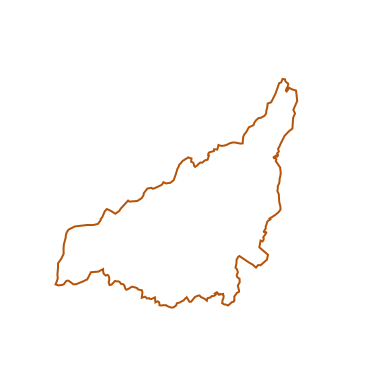 Obafemi Owode, Ogun, Nigeria, rotated 205°
{"feature_id": "59680162B74248263036628", "entity_name": "Obafemi Owode", "entity_type": "district", "adm_level": 2, "iso_a3": "NGA", "parent_name": "Nigeria", "parent_adm1": "Ogun", "projection": "equal_earth", "projection_center": [3.472, 6.959], "detail": "fine", "context": "isolated", "style": "outline", "palette": "amber", "viewbox_px": 384, "rotation_deg": 205, "n_neighbors": 0, "source": "geoboundaries", "source_scale": "gbopen_adm2", "svg_char_len": 4602}
<svg xmlns="http://www.w3.org/2000/svg" viewBox="0 0 384 384"><g transform="rotate(205 192 192)"><path d="M108.3,113.1L109.5,115.0L108.7,119.5L107.3,121.2L107.5,122.3L110.9,126.5L110.6,130.3L112.3,133.5L114.8,133.9L116.3,135.3L116.5,138.6L118.5,140.9L120.6,141.8L121.5,146.0L123.0,149.6L122.7,152.7L122.0,154.0L110.8,152.2L106.2,151.8L102.1,150.5L101.2,153.7L98.9,154.6L95.5,162.3L96.6,167.2L107.6,170.3L109.3,177.0L107.4,176.9L106.9,178.2L107.1,179.8L108.3,181.0L107.4,186.4L108.2,186.9L109.7,186.1L110.2,186.5L109.8,190.1L110.7,192.2L110.8,194.3L111.2,196.5L110.7,198.4L109.4,200.2L110.5,200.8L108.9,203.1L107.0,206.2L105.5,209.2L104.7,211.5L104.4,213.7L106.1,216.7L107.8,218.6L109.2,220.7L111.5,224.9L112.4,226.7L115.0,228.9L115.9,231.9L116.7,233.5L116.7,236.6L117.1,238.4L118.1,240.8L118.7,243.7L119.4,246.3L120.4,248.1L122.0,250.6L122.5,251.5L129.2,255.4L129.3,257.2L130.5,258.2L131.8,257.3L132.7,258.0L131.2,260.5L129.7,260.3L129.6,261.8L131.2,262.9L130.4,265.3L132.3,267.6L132.0,269.3L132.1,273.1L131.8,282.2L129.7,288.3L127.8,291.9L131.7,302.0L131.8,306.7L134.9,309.3L135.1,318.9L139.7,326.5L140.6,327.9L142.4,327.7L144.4,327.3L147.7,327.5L148.2,325.6L148.7,323.1L149.7,323.5L150.0,325.3L150.0,326.6L149.7,327.9L150.1,328.9L150.3,330.4L151.0,331.0L151.9,331.1L153.4,331.5L154.5,332.2L155.3,333.4L157.7,332.7L157.5,329.0L159.0,327.5L158.4,321.5L157.9,316.6L158.1,308.6L158.3,306.6L160.8,304.2L159.5,300.2L159.0,297.2L158.4,295.6L158.0,294.7L158.2,293.2L158.5,291.7L159.9,289.8L160.8,288.5L163.0,287.0L164.2,284.3L164.8,281.3L164.5,278.6L167.8,274.7L168.2,268.9L168.9,266.5L168.9,263.6L167.8,260.5L167.1,258.6L166.6,257.5L168.4,256.4L173.9,255.0L175.6,254.3L176.5,253.7L178.2,252.3L179.3,250.9L180.6,249.3L182.0,248.0L183.4,247.0L185.0,246.2L186.3,245.9L187.9,245.8L187.2,242.4L187.1,241.1L190.0,240.1L189.5,238.3L191.3,236.8L193.2,235.1L193.4,233.5L192.9,232.2L192.1,232.3L191.5,227.8L193.2,226.6L194.1,225.3L195.0,223.0L196.9,222.2L197.8,220.5L198.5,218.3L199.2,217.0L199.8,216.1L200.9,216.4L202.3,218.2L203.0,218.9L203.7,219.1L205.6,219.1L206.6,222.1L210.2,221.7L210.5,220.9L212.2,218.4L213.7,216.1L214.4,213.1L215.1,211.5L214.8,209.3L215.0,206.8L214.2,201.4L213.6,195.0L215.5,191.2L219.2,188.8L222.0,188.8L222.4,185.8L224.8,182.8L227.2,180.0L228.7,178.4L230.6,178.6L233.9,176.3L235.2,170.4L234.6,168.6L234.9,165.7L234.9,165.3L237.8,160.7L244.8,156.8L246.3,157.2L249.6,146.7L249.9,144.1L252.3,139.9L257.7,140.6L262.0,140.6L262.9,137.7L262.7,131.5L263.3,128.7L262.8,127.8L263.2,126.2L263.6,124.0L263.8,123.3L266.9,120.8L267.9,120.1L273.1,117.8L283.7,111.2L288.0,105.7L288.5,102.1L288.0,99.4L287.7,98.5L287.6,98.4L287.1,97.0L286.9,95.5L285.9,90.0L284.2,85.8L282.2,81.7L282.3,76.0L283.3,70.7L281.4,66.7L279.1,60.3L277.1,56.9L276.7,52.7L276.6,50.6L273.5,50.9L270.0,53.2L269.1,54.4L268.5,57.8L267.7,58.9L266.6,59.4L263.5,58.9L260.6,58.2L258.2,59.3L252.7,65.2L250.4,68.2L250.0,68.4L249.7,76.6L243.3,80.2L240.0,84.5L238.7,82.0L237.4,80.6L234.9,79.8L233.4,81.2L232.4,80.9L230.9,79.5L229.7,77.0L229.4,75.0L227.4,72.8L225.7,74.2L224.2,78.8L222.5,79.2L220.9,79.9L219.6,79.9L217.5,78.7L215.1,79.4L214.3,78.9L213.2,78.2L212.3,76.8L210.5,75.7L209.9,75.8L208.4,77.7L206.6,80.7L204.4,81.3L202.8,81.5L201.1,81.7L200.2,81.0L198.5,81.1L195.8,81.7L194.4,79.9L193.4,76.6L192.9,74.9L190.3,77.3L187.8,76.5L185.8,77.7L185.4,77.4L183.8,77.6L181.1,80.8L178.5,76.5L177.0,78.4L175.2,78.2L173.6,75.6L173.4,75.7L172.2,76.1L171.5,76.3L170.1,77.4L169.1,77.7L167.5,78.5L166.6,78.2L164.5,78.2L163.6,78.3L161.7,78.6L160.3,79.4L159.4,80.7L158.4,82.5L158.7,84.7L156.2,86.9L155.4,88.1L153.7,90.4L153.0,93.0L152.1,93.5L152.1,94.2L147.9,91.4L147.3,91.7L146.4,92.3L144.9,98.2L143.2,100.1L141.8,101.3L141.5,101.3L140.7,101.1L139.7,100.6L137.9,100.6L137.4,100.6L135.1,100.4L133.7,100.1L132.6,99.8L132.7,100.2L133.0,101.1L133.0,101.6L133.0,102.1L133.0,102.4L132.1,103.1L131.1,104.0L130.5,104.3L130.6,104.8L130.3,105.6L130.1,106.0L129.8,106.1L129.4,106.4L128.5,106.9L127.8,107.7L127.2,108.7L127.7,109.3L128.4,109.6L128.1,109.9L127.7,110.7L127.4,111.4L127.1,111.6L126.8,111.7L126.7,111.6L126.3,110.5L126.1,110.5L125.7,110.7L125.2,111.0L125.1,110.9L124.9,110.6L124.4,110.5L124.3,110.4L124.2,110.4L123.9,110.8L123.7,111.0L123.6,110.7L123.5,110.8L122.8,111.3L122.1,111.8L121.5,112.3L121.0,112.4L120.7,112.7L120.0,111.4L119.5,111.3L119.3,111.1L119.0,110.2L118.6,108.6L118.6,107.9L118.6,107.2L118.6,106.7L118.3,105.9L118.0,105.5L117.9,105.0L117.8,104.5L117.8,104.1L115.4,103.7L114.1,104.1L113.0,104.4L111.3,104.4L109.2,109.2L108.4,109.6L107.7,110.8L107.7,111.6L108.2,112.0L108.3,113.1Z" fill="none" stroke="#b45309" stroke-width="2"/></g></svg>